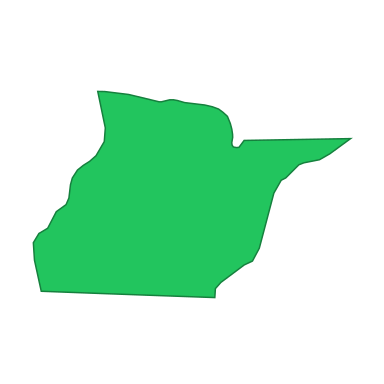 Neno, Mercator projection, rotated 356°
{"feature_id": "MWI-5510", "entity_name": "Neno", "entity_type": "District", "adm_level": 1, "iso_a3": "MWI", "parent_name": "Malawi", "parent_adm1": "", "projection": "mercator", "projection_center": [34.708, -15.405], "detail": "fine", "context": "isolated", "style": "filled", "palette": "green", "viewbox_px": 384, "rotation_deg": 356, "n_neighbors": 0, "source": "natural_earth", "source_scale": "10m", "svg_char_len": 843}
<svg xmlns="http://www.w3.org/2000/svg" viewBox="0 0 384 384"><g transform="rotate(356 192 192)"><path d="M34.7,280.5L30.1,249.0L30.2,231.5L36.4,222.7L45.5,218.1L55.3,202.1L65.5,195.8L68.8,189.4L71.3,176.2L73.6,169.7L79.3,162.1L85.5,157.8L92.0,154.3L98.8,149.1L108.0,135.6L110.0,122.0L105.0,85.1L111.9,85.7L135.6,90.3L165.4,99.7L167.7,99.9L176.1,98.5L179.8,98.7L183.8,99.7L190.9,102.3L210.8,106.1L218.3,108.4L224.3,111.1L228.5,114.7L232.6,119.0L235.0,126.3L236.1,132.1L236.5,137.3L236.4,140.3L235.1,145.7L235.3,148.1L236.4,150.0L239.6,150.8L242.0,150.7L247.6,144.2L353.9,149.8L332.0,163.6L330.5,164.3L321.4,168.7L305.6,170.7L300.5,172.3L286.5,184.5L281.8,186.5L273.6,198.8L255.2,252.8L247.5,265.1L239.0,268.4L214.5,284.2L208.6,290.0L207.4,298.9L153.4,293.2L94.2,286.9L34.7,280.5Z" fill="#22c55e" stroke="#15803d" stroke-width="1.5"/></g></svg>